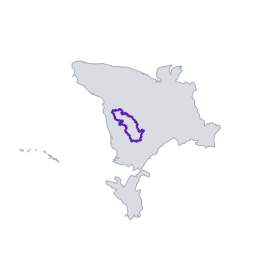 where Chhattisgarh sits in India, rotated 118°
{"feature_id": "IND-3260", "entity_name": "Chhattisgarh", "entity_type": "State", "adm_level": 1, "iso_a3": "IND", "parent_name": "India", "parent_adm1": "", "projection": "albers", "projection_center": [82.048, 20.958], "detail": "fine", "context": "in_parent", "style": "outline", "palette": "violet", "viewbox_px": 256, "rotation_deg": 118, "n_neighbors": 0, "source": "natural_earth", "source_scale": "10m", "svg_char_len": 8422}
<svg xmlns="http://www.w3.org/2000/svg" viewBox="0 0 256 256"><g transform="rotate(118 128 128)"><path d="M48.3,109.4L51.4,109.1L51.9,107.0L57.5,108.3L61.4,107.1L62.6,108.3L64.4,107.4L62.8,99.6L60.7,99.2L59.9,97.9L60.4,94.3L57.1,92.6L57.4,90.4L62.5,85.3L64.5,87.3L70.4,86.2L73.2,81.6L76.3,80.1L79.2,74.9L81.5,74.0L82.1,72.0L86.1,68.6L85.6,67.7L85.9,63.9L90.1,61.7L89.6,60.8L86.8,59.9L86.8,58.4L85.1,58.2L84.9,56.9L83.4,55.6L84.3,53.8L83.5,52.5L84.9,51.2L83.2,50.4L83.6,49.5L82.7,48.6L83.7,47.0L85.4,46.4L92.6,48.3L97.2,47.1L103.5,42.8L104.8,42.9L104.6,44.3L106.1,48.1L109.4,50.0L108.1,51.6L108.4,54.7L110.1,56.7L110.5,60.6L108.9,61.5L107.8,60.0L106.2,60.4L107.9,63.8L107.9,67.6L109.8,67.2L111.8,69.7L115.2,70.9L115.4,72.2L119.8,74.7L116.5,77.3L114.7,82.7L124.2,88.5L128.7,89.7L129.0,90.6L132.0,91.5L136.4,90.7L139.2,91.8L139.6,93.4L142.7,95.1L144.4,94.5L145.7,95.9L157.7,96.9L158.6,94.8L157.5,92.4L158.2,87.4L160.5,86.4L161.7,86.9L161.6,89.9L162.4,91.1L161.6,91.9L163.9,94.0L167.3,94.6L170.4,93.3L172.6,93.9L179.4,93.0L179.7,90.3L177.0,88.9L177.1,87.6L182.0,86.6L185.5,81.8L188.1,81.0L192.5,77.2L196.7,78.5L199.9,75.8L201.8,76.8L200.6,77.9L200.8,78.9L202.3,77.9L203.2,79.6L201.8,81.8L203.5,81.4L207.5,82.5L207.7,84.2L205.5,86.5L206.9,89.2L204.8,88.1L201.9,88.8L196.5,93.3L196.8,96.6L194.1,101.2L195.0,102.8L192.3,110.1L187.8,109.3L188.4,115.0L187.3,115.6L187.6,120.5L186.3,122.1L185.2,121.3L184.5,122.2L182.0,112.0L180.2,112.1L178.7,116.5L177.6,115.2L177.0,115.9L176.0,113.0L176.9,109.9L179.7,109.1L180.9,107.7L181.4,104.8L182.7,104.3L180.3,103.1L171.5,103.7L168.1,103.0L167.8,99.1L166.9,97.5L166.3,98.8L165.4,98.9L163.3,96.5L162.3,97.5L159.8,95.7L160.2,96.9L158.3,99.9L163.3,103.5L160.6,104.0L158.3,107.5L162.3,109.5L161.5,113.2L162.5,115.7L163.7,116.0L164.8,125.3L163.6,124.8L163.1,125.8L162.3,122.6L162.1,125.4L160.4,124.8L159.5,125.6L159.8,122.5L158.3,121.2L159.6,122.7L158.5,124.5L153.8,126.6L152.5,128.3L153.2,131.5L152.0,133.9L150.0,135.8L149.2,135.6L149.1,136.5L145.4,137.8L145.0,136.7L143.6,137.5L143.2,138.5L144.7,138.3L140.9,141.4L137.1,146.5L127.1,153.8L126.5,157.1L123.6,158.5L120.8,158.4L119.0,161.9L117.1,161.1L115.0,162.2L113.6,166.0L114.9,175.6L114.1,174.2L113.5,174.8L115.1,176.3L111.1,188.6L112.0,189.3L111.9,194.5L108.7,194.9L106.4,199.0L106.8,200.4L109.2,201.2L106.6,200.7L103.1,201.6L101.7,202.9L100.8,205.9L97.4,207.6L94.7,206.1L91.7,202.5L90.4,199.2L90.0,196.4L91.2,198.7L90.6,196.4L87.2,187.7L82.8,180.3L80.0,168.5L77.6,164.9L77.1,161.3L76.3,160.9L74.5,156.3L72.6,142.9L73.4,140.7L73.3,139.9L72.4,140.9L72.3,140.3L72.4,138.9L73.4,139.1L72.3,138.5L71.8,135.7L73.4,130.6L72.1,126.3L72.8,125.7L72.1,125.8L75.0,124.2L71.8,124.3L72.7,122.7L71.7,122.6L72.0,121.5L73.4,121.1L69.9,120.7L70.4,121.8L69.0,123.4L70.1,125.2L68.6,127.4L62.8,129.6L59.8,128.7L52.0,119.3L52.5,118.5L53.7,119.5L58.8,118.1L60.8,115.1L56.1,116.8L53.7,116.0L50.6,113.7L49.5,111.3L51.7,109.8L48.5,111.1L48.3,109.4ZM189.5,185.2L188.2,183.3L189.6,181.1L189.6,174.2L190.7,173.0L189.9,176.7L190.7,179.1L190.0,179.8L189.5,185.2ZM198.0,210.3L198.2,213.2L197.1,211.7L198.0,210.3ZM188.6,191.2L187.8,191.3L187.6,190.1L188.5,189.1L188.6,191.2ZM194.9,205.9L194.9,206.7L194.7,206.0L194.9,205.9ZM195.8,204.7L195.5,205.8L195.5,204.6L195.8,204.7ZM197.1,209.3L196.8,210.2L196.6,209.9L197.1,209.3ZM191.0,199.3L190.4,199.4L190.7,198.9L191.0,199.3ZM189.3,185.7L188.8,186.2L189.0,185.4L189.3,185.7ZM191.1,182.1L191.4,182.9L190.7,182.3L191.1,182.1ZM193.4,204.6L192.9,204.5L193.1,204.1L193.4,204.6ZM189.0,176.8L188.8,177.7L188.9,176.7L189.0,176.8Z" fill="#d9dde1" stroke="#a8b0b8" stroke-width="1"/><path d="M131.1,112.4L131.6,112.3L131.8,112.2L132.0,111.9L132.0,111.6L132.3,111.4L132.4,111.0L132.7,111.1L133.1,111.2L133.4,111.4L133.5,111.5L133.5,111.9L133.6,112.1L133.7,112.3L134.5,113.1L134.7,113.5L134.6,113.8L134.7,114.2L134.8,114.3L135.0,114.4L135.3,114.4L135.7,114.5L135.7,114.4L135.7,114.2L136.0,114.0L136.1,114.3L136.2,114.5L135.9,115.0L135.9,115.6L136.0,115.7L136.3,115.6L136.4,116.0L136.4,116.5L136.3,116.8L136.3,117.0L136.7,117.4L136.8,117.9L136.9,118.0L137.0,118.0L137.0,117.8L137.4,117.9L137.7,117.9L138.0,118.0L138.1,118.3L138.2,118.5L138.0,118.8L137.7,119.1L137.3,119.7L136.8,120.1L136.5,120.1L136.4,120.3L136.2,120.4L136.1,120.8L136.2,121.1L136.2,121.3L136.2,121.5L135.9,121.8L135.4,121.9L134.7,122.5L134.1,122.7L133.8,123.2L133.7,123.4L133.8,123.6L133.6,123.8L133.5,124.2L133.6,124.3L133.9,124.5L133.8,124.8L133.8,125.0L133.6,125.1L133.5,125.3L133.4,125.2L133.2,125.6L132.6,126.6L132.5,127.1L132.5,127.3L132.8,127.6L132.9,127.9L132.8,128.0L132.7,128.1L132.4,127.9L132.2,127.9L132.1,128.1L132.1,128.3L132.0,128.6L131.8,129.1L131.7,129.3L131.1,129.4L130.9,129.3L130.7,129.2L129.7,129.2L129.3,129.2L128.7,129.2L128.7,129.3L128.7,129.5L128.5,130.0L128.2,130.4L128.1,130.5L127.9,130.6L127.6,131.0L127.4,131.1L127.3,130.9L127.1,130.8L127.0,131.7L127.1,132.1L127.0,132.9L127.1,133.2L127.2,133.4L127.3,133.5L127.4,133.4L127.4,133.5L127.4,134.2L127.4,134.4L127.5,135.1L127.4,135.6L127.4,135.8L127.7,135.9L127.8,136.1L128.2,136.1L128.5,136.3L128.7,136.2L129.0,136.2L129.0,136.4L128.9,136.8L129.1,137.1L128.7,137.4L128.4,137.6L128.3,137.2L128.0,137.1L127.7,137.0L127.1,136.9L127.0,137.0L126.8,137.3L126.7,137.2L126.3,136.4L126.2,136.3L125.9,136.2L125.5,135.9L125.4,135.9L125.3,136.1L125.1,136.1L125.1,135.9L124.8,135.6L124.7,135.6L124.4,135.8L124.0,136.4L124.0,136.5L124.1,136.8L124.6,137.1L124.8,137.4L125.1,137.5L125.2,138.1L125.2,138.4L125.2,138.7L125.2,139.2L125.4,139.3L125.6,139.6L125.9,139.7L126.0,139.8L125.8,140.1L126.0,140.4L125.9,140.7L125.9,140.9L126.0,141.3L125.9,141.5L126.1,141.7L126.2,141.9L126.3,142.2L126.3,142.8L126.1,142.9L126.0,143.0L125.9,143.5L125.8,143.8L125.6,143.7L125.4,144.0L125.0,144.1L124.8,144.2L124.7,144.4L124.5,144.5L124.7,144.9L124.4,145.1L124.1,145.4L123.8,145.7L123.5,146.2L123.1,146.3L123.0,146.6L122.7,146.7L122.4,146.7L122.2,147.1L122.3,147.4L122.2,147.8L122.0,148.0L122.0,148.4L122.0,148.6L121.9,148.8L121.8,149.1L121.7,149.1L121.5,149.3L121.5,149.5L120.6,149.5L120.1,149.3L119.5,149.7L119.4,149.7L119.2,149.5L119.1,149.3L119.1,148.5L118.9,148.2L118.9,147.9L119.0,147.5L119.0,147.4L118.9,147.4L118.5,147.5L118.4,147.4L118.4,147.1L118.2,147.0L118.1,147.3L117.8,147.3L117.7,147.2L117.9,146.9L117.8,146.5L117.6,145.9L117.3,145.6L116.9,145.0L116.4,144.7L116.2,144.6L115.9,144.7L115.7,144.6L115.4,144.4L115.3,144.1L115.1,143.9L115.1,144.0L115.0,143.8L115.0,143.7L115.5,143.4L115.5,143.1L115.2,142.7L115.1,142.3L115.2,142.1L115.5,141.7L115.9,140.7L116.1,140.6L116.3,140.2L116.5,140.1L116.7,139.9L116.9,139.9L117.0,140.2L117.1,140.3L117.5,140.3L117.7,140.7L117.9,140.4L118.3,140.2L118.2,139.9L118.5,139.7L118.7,139.4L118.6,139.2L118.4,139.0L118.2,138.9L117.9,138.7L117.6,138.6L117.5,138.1L117.4,138.1L116.9,137.8L116.7,137.3L116.4,137.4L116.4,137.6L116.1,137.5L115.9,137.5L115.9,137.4L116.0,137.3L116.3,137.2L116.3,136.9L116.0,136.8L116.1,136.6L116.5,136.7L116.8,135.9L116.6,135.3L116.0,135.3L116.0,135.2L116.1,134.7L116.7,134.5L117.0,134.3L117.2,134.2L117.1,133.7L117.1,133.4L117.3,133.1L117.2,132.9L117.2,132.5L116.9,132.4L116.6,132.6L116.5,132.4L116.9,132.1L116.9,131.9L116.8,131.4L116.8,130.6L116.7,130.5L116.4,130.5L116.2,130.3L116.2,130.1L116.3,129.3L116.4,129.1L116.8,128.8L117.3,128.6L117.5,128.4L117.6,128.0L117.8,127.2L117.8,126.5L117.9,125.8L117.9,125.6L118.0,125.5L118.3,125.4L118.4,125.2L118.5,125.0L118.5,124.3L118.9,123.5L118.9,123.4L119.0,123.4L119.1,123.5L119.3,123.7L119.3,123.3L119.5,123.3L119.6,122.8L119.7,122.6L119.9,122.5L120.1,122.3L120.1,121.6L120.3,121.2L120.5,121.1L120.6,121.3L121.0,121.2L121.3,121.0L121.6,121.1L121.7,121.3L121.8,121.4L122.4,120.9L122.8,120.8L123.0,120.7L123.2,120.4L123.5,120.1L123.7,119.7L123.8,119.5L123.8,119.0L123.8,118.9L124.3,118.7L124.7,118.3L124.7,118.2L124.7,117.9L124.7,117.7L124.8,117.7L125.1,117.6L125.4,117.4L125.5,117.4L125.8,117.3L125.9,117.1L125.9,116.7L126.1,116.2L125.7,115.8L125.6,115.7L125.3,115.8L125.2,115.8L125.2,115.6L124.6,115.0L124.5,114.9L124.2,114.9L123.7,114.7L123.1,115.0L122.8,114.6L122.9,114.4L122.9,114.2L123.1,114.1L123.3,113.8L123.3,113.7L123.0,113.1L122.9,113.0L123.0,112.8L122.9,112.7L123.0,112.6L123.3,112.6L123.6,113.0L123.8,113.1L124.0,113.2L124.7,112.9L125.1,112.9L125.5,113.1L126.2,113.1L126.5,113.2L127.3,113.2L127.8,113.3L128.0,113.3L128.2,113.1L128.6,112.9L128.7,112.6L129.3,112.3L129.4,112.0L129.5,111.9L129.7,112.0L130.0,112.3L130.4,112.4L130.8,112.4L131.1,112.4Z" fill="none" stroke="#5b21b6" stroke-width="2"/></g></svg>